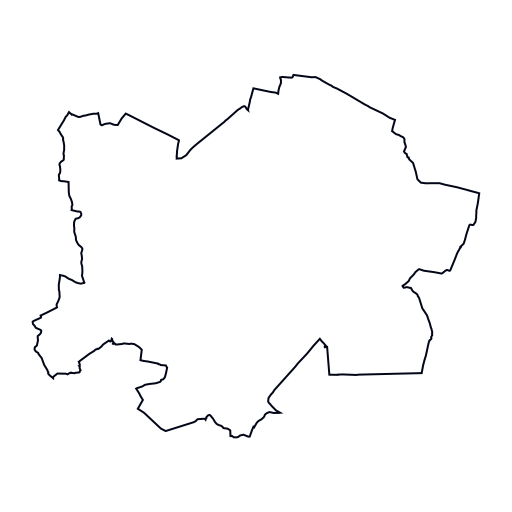 the district of Dorobantu, Tulcea, Romania, rotated 181°
{"feature_id": "2599482B37280829383537", "entity_name": "Dorobantu", "entity_type": "district", "adm_level": 2, "iso_a3": "ROU", "parent_name": "Romania", "parent_adm1": "Tulcea", "projection": "albers", "projection_center": [28.322, 44.951], "detail": "fine", "context": "isolated", "style": "outline", "palette": "ink", "viewbox_px": 512, "rotation_deg": 181, "n_neighbors": 0, "source": "geoboundaries", "source_scale": "gbopen_adm2", "svg_char_len": 6012}
<svg xmlns="http://www.w3.org/2000/svg" viewBox="0 0 512 512"><g transform="rotate(181 256 256)"><path d="M81.2,174.0L80.8,174.9L79.6,175.8L79.2,176.5L79.5,177.9L78.4,180.0L78.7,181.4L78.4,182.6L79.3,186.2L79.9,187.6L81.2,192.2L83.2,197.2L83.4,198.3L84.3,200.1L88.8,206.6L92.2,216.9L93.6,218.9L93.7,219.6L94.1,220.4L95.9,221.8L97.5,222.7L98.7,223.7L100.6,226.8L101.7,226.8L103.3,227.3L104.9,227.5L107.6,226.8L108.8,228.1L108.9,228.8L106.5,230.3L102.9,233.6L101.6,236.4L97.9,240.3L96.3,242.7L93.1,245.5L92.3,245.6L87.8,244.2L77.8,243.0L70.1,241.7L69.3,242.1L66.6,244.4L65.2,245.3L64.4,245.3L62.4,244.6L61.6,244.9L57.2,256.0L55.0,262.1L54.5,263.0L54.0,264.2L53.1,265.5L52.6,266.8L51.4,268.3L51.3,268.6L51.7,268.8L48.6,271.9L47.4,275.7L45.8,282.2L43.2,290.5L42.7,291.0L42.3,291.1L39.7,290.7L39.1,291.0L37.2,293.9L36.5,298.2L36.6,299.7L36.4,303.8L36.5,305.1L35.1,312.8L33.9,322.6L56.0,328.2L68.4,330.6L73.8,332.0L87.7,331.7L92.4,332.2L95.3,334.9L96.0,335.8L97.7,342.9L100.6,351.8L104.5,355.3L105.1,357.2L106.2,357.3L107.2,360.7L108.4,361.2L109.3,362.1L109.9,363.3L109.6,363.7L108.0,367.7L108.8,370.4L109.6,372.5L109.6,375.3L109.9,375.9L110.3,376.6L111.4,377.6L113.4,378.3L115.0,379.4L118.2,380.3L122.1,383.2L121.5,386.6L119.4,394.5L124.9,396.6L131.6,400.7L144.9,406.7L146.5,407.8L149.7,409.3L168.1,419.8L178.3,425.0L182.0,426.4L183.6,427.7L185.0,428.2L192.5,432.2L194.2,433.3L194.3,433.6L199.5,435.9L203.7,435.7L221.7,437.7L222.4,435.8L222.7,435.3L223.4,435.0L225.7,435.0L232.8,435.5L235.0,435.0L234.9,434.2L234.2,432.7L234.1,432.0L234.1,429.2L235.6,425.4L236.4,421.9L236.7,418.6L239.2,419.7L244.4,420.3L261.5,423.6L264.0,413.8L264.6,412.4L264.8,410.4L266.6,402.0L266.5,401.6L267.5,402.4L269.2,404.9L269.7,405.4L270.5,405.6L272.6,404.7L274.9,402.9L276.7,401.8L287.2,392.1L289.0,390.8L289.4,390.1L317.4,366.7L321.1,363.4L323.6,360.8L327.5,355.6L332.3,352.4L337.0,352.0L336.9,353.9L337.1,354.0L337.1,354.6L336.9,355.6L336.8,359.3L335.8,367.0L335.1,369.7L335.1,370.4L346.5,376.0L360.6,382.5L384.4,394.1L388.7,396.1L392.7,391.2L396.6,384.5L400.2,384.7L404.2,386.2L407.9,385.7L409.9,385.2L412.3,384.0L413.0,384.2L413.8,384.9L416.3,396.1L417.6,395.5L421.2,395.4L426.4,394.3L429.1,393.4L430.7,393.3L434.3,392.0L436.0,391.9L443.3,394.8L443.3,394.7L445.5,396.6L447.2,393.4L448.7,391.8L450.4,388.3L456.2,378.5L454.4,376.5L453.5,374.7L451.2,371.4L450.8,370.0L451.0,368.8L450.3,366.5L449.7,362.9L449.7,358.2L450.0,357.1L450.3,354.7L449.8,353.3L449.9,349.0L450.3,348.4L452.4,347.0L453.8,345.3L454.1,344.4L454.1,343.7L453.5,342.2L453.5,341.1L453.2,339.8L453.2,336.7L453.6,335.2L454.2,334.5L454.5,333.4L454.5,332.6L454.1,329.6L454.2,328.2L452.3,327.5L448.6,327.3L444.7,326.7L444.3,316.6L443.9,313.8L443.5,312.4L442.5,310.7L441.1,307.3L440.6,304.9L440.5,303.7L441.2,302.2L441.0,300.0L441.2,298.7L435.5,297.4L433.0,297.3L432.3,296.9L431.9,296.3L431.4,294.9L431.5,293.6L432.9,291.6L434.4,290.7L436.7,290.2L437.2,289.7L438.2,287.5L438.5,286.2L438.5,282.8L438.1,280.8L438.2,277.0L436.8,272.9L436.4,271.5L436.4,269.7L435.9,268.0L434.2,264.9L433.4,263.9L430.5,261.6L429.7,260.1L429.7,259.6L430.8,255.7L430.3,253.8L429.9,250.6L429.9,249.7L430.4,247.8L430.6,246.3L430.3,244.7L429.7,243.0L429.3,238.3L429.4,235.1L429.7,233.3L427.5,227.1L427.1,226.3L427.3,226.1L430.8,225.3L433.5,225.8L436.0,226.6L439.7,228.8L442.7,229.9L446.3,232.2L448.4,232.9L451.7,233.5L451.7,230.9L452.7,223.7L452.5,218.7L452.0,217.2L451.6,211.9L451.8,210.6L453.0,207.3L454.5,204.2L454.4,202.6L454.1,201.1L464.4,195.6L470.3,192.7L469.8,191.3L470.0,190.6L477.1,187.2L478.1,186.5L478.1,185.5L477.7,184.0L475.8,181.9L475.2,180.7L474.6,180.2L470.0,178.3L469.4,177.4L469.6,175.8L470.0,174.9L470.8,173.9L472.8,172.2L472.9,171.0L472.5,167.9L473.5,162.9L474.0,162.1L475.3,161.3L475.7,160.2L475.7,158.5L475.2,157.6L474.0,156.4L472.1,155.3L471.6,154.0L468.5,150.2L465.9,143.4L462.6,138.3L462.2,136.9L461.6,136.2L461.6,135.6L461.8,135.1L461.5,134.4L459.9,132.8L456.7,130.3L456.7,131.6L452.5,135.0L444.1,135.0L442.3,134.4L440.5,135.6L439.5,136.0L439.5,135.8L438.2,135.9L435.4,135.6L434.8,136.0L430.7,136.5L430.3,136.9L430.0,138.1L429.4,138.7L430.4,140.8L430.3,142.7L430.9,143.1L430.4,143.5L430.3,144.2L430.5,145.1L430.9,145.8L430.9,146.7L431.3,147.2L421.0,155.2L416.0,158.4L415.1,159.5L413.3,160.1L413.0,160.5L412.3,160.3L411.2,160.9L408.7,163.0L407.9,164.2L406.7,165.3L401.6,168.9L400.3,168.0L399.7,168.1L399.3,168.5L398.8,170.8L398.4,170.5L398.2,168.9L396.9,167.2L397.2,166.8L397.6,165.8L397.2,165.6L395.6,166.0L394.9,165.1L393.5,165.1L388.4,165.7L386.5,166.3L380.8,165.8L379.5,166.2L376.2,165.8L372.1,163.4L370.3,162.0L368.6,160.2L369.7,149.8L366.4,149.1L362.2,148.6L352.5,146.8L352.0,146.7L351.8,146.2L350.4,146.0L349.4,145.3L344.2,145.0L343.5,143.6L342.9,142.9L344.0,137.0L344.9,133.6L345.6,132.2L346.8,131.0L348.7,130.5L349.1,129.0L349.9,128.4L354.0,127.0L360.2,126.2L364.7,125.3L367.4,123.6L372.6,121.8L373.5,121.3L370.2,116.3L369.3,114.4L366.6,110.1L371.5,101.2L365.2,97.3L348.1,81.8L343.3,79.4L315.2,88.8L313.3,89.9L312.4,91.1L311.4,91.8L304.9,92.4L304.0,92.0L303.6,91.5L303.4,92.4L302.8,93.0L302.9,93.8L302.7,94.2L301.0,95.9L299.9,96.3L299.4,96.2L298.6,95.5L295.9,92.3L294.3,89.6L292.7,87.7L291.9,87.1L290.0,86.2L287.8,85.6L286.5,84.6L285.6,83.4L285.3,83.3L281.5,82.9L278.9,81.4L278.7,81.0L278.4,75.5L277.8,75.4L277.0,75.7L274.9,74.3L271.7,74.4L270.5,74.9L268.7,76.3L265.4,77.1L260.7,75.3L259.7,75.2L259.1,75.4L256.9,82.0L255.6,85.2L254.9,84.6L252.5,89.0L251.7,90.0L250.5,91.2L248.0,92.6L246.1,94.3L245.0,95.5L244.4,97.3L243.5,98.3L242.0,99.3L239.7,100.2L235.8,99.4L230.6,99.5L229.1,99.7L233.2,101.9L237.4,106.0L239.4,108.3L240.7,109.6L241.3,110.7L241.0,114.3L238.7,117.7L236.8,119.8L235.3,122.3L214.7,146.1L212.4,149.2L203.3,159.2L196.9,167.3L190.7,174.3L188.7,171.8L187.0,170.2L184.6,167.5L185.7,166.8L185.8,166.5L185.6,166.0L183.3,166.3L180.6,138.6L175.2,138.6L172.1,138.6L171.6,138.7L171.6,138.9L167.0,139.1L153.8,138.8L150.7,139.2L88.3,141.8L87.0,149.6L85.7,155.0L84.4,159.4L82.0,171.6L81.3,174.0L81.2,174.0Z" fill="none" stroke="#020617" stroke-width="2"/></g></svg>